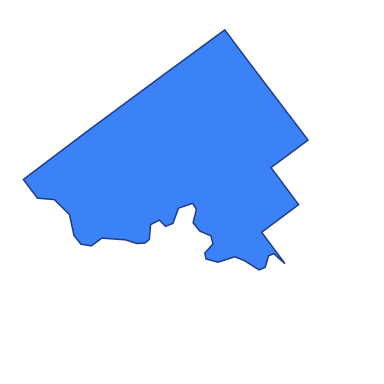 Stone, Arkansas, United States of America (orthographic projection), rotated 142°
{"feature_id": "52423323B17641695203494", "entity_name": "Stone", "entity_type": "district", "adm_level": 2, "iso_a3": "USA", "parent_name": "United States of America", "parent_adm1": "Arkansas", "projection": "orthographic", "projection_center": [-92.07, 35.919], "detail": "fine", "context": "isolated", "style": "filled", "palette": "blue", "viewbox_px": 384, "rotation_deg": 142, "n_neighbors": 0, "source": "geoboundaries", "source_scale": "gbopen_adm2", "svg_char_len": 667}
<svg xmlns="http://www.w3.org/2000/svg" viewBox="0 0 384 384"><g transform="rotate(142 192 192)"><path d="M317.2,305.7L317.6,282.3L305.1,270.7L302.5,249.5L311.7,230.5L311.7,219.3L304.5,211.5L291.5,211.2L274.1,195.5L267.1,185.3L260.4,180.7L254.7,181.0L244.7,191.8L235.0,189.9L234.0,181.2L226.4,179.0L212.5,187.6L198.4,182.6L199.3,175.5L210.1,167.1L209.9,156.3L204.1,145.9L207.4,138.2L219.5,136.0L222.2,130.6L214.7,120.7L198.2,114.6L192.9,105.5L187.1,89.3L180.6,87.6L171.0,94.6L165.5,93.0L162.9,78.3L161.9,117.4L115.8,116.4L114.7,162.6L68.6,161.5L67.2,261.0L66.4,299.6L143.1,301.9L233.1,304.3L317.2,305.7Z" fill="#3b82f6" stroke="#1e3a8a" stroke-width="1.5"/></g></svg>